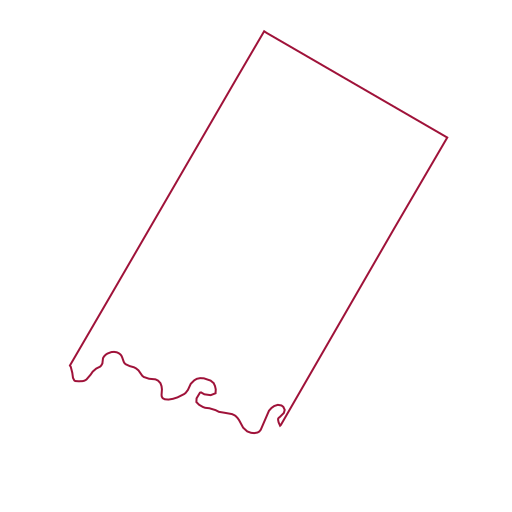 the district of Pottawattamie, Iowa, United States of America, rotated 300°
{"feature_id": "52423323B19646678689776", "entity_name": "Pottawattamie", "entity_type": "district", "adm_level": 2, "iso_a3": "USA", "parent_name": "United States of America", "parent_adm1": "Iowa", "projection": "mercator", "projection_center": [-95.883, 41.333], "detail": "fine", "context": "isolated", "style": "outline", "palette": "rose", "viewbox_px": 512, "rotation_deg": 300, "n_neighbors": 0, "source": "geoboundaries", "source_scale": "gbopen_adm2", "svg_char_len": 1496}
<svg xmlns="http://www.w3.org/2000/svg" viewBox="0 0 512 512"><g transform="rotate(300 256 256)"><path d="M454.7,150.7L402.1,150.4L297.0,150.2L147.7,149.9L68.1,149.6L67.4,151.0L63.0,155.3L59.0,158.4L57.6,160.5L57.3,161.2L57.4,162.1L58.9,165.2L61.0,168.5L62.3,169.8L64.2,170.9L70.5,172.1L74.2,172.4L78.6,173.9L82.2,176.3L83.7,176.7L86.1,176.7L91.0,174.6L93.0,174.6L95.4,175.2L97.2,176.1L100.5,178.8L102.0,181.0L103.0,183.6L103.2,185.8L102.9,188.0L102.3,189.4L101.3,190.8L98.2,194.4L97.5,195.6L97.1,197.2L97.5,201.6L98.6,205.9L98.7,208.2L98.2,211.4L95.4,217.4L95.1,219.4L95.4,220.7L96.2,224.7L98.9,230.6L99.1,233.5L98.1,236.8L96.0,239.3L93.5,241.2L88.4,243.7L87.1,244.7L86.2,246.3L86.3,248.6L87.9,252.0L90.8,255.5L94.3,258.7L100.5,262.8L102.2,263.5L106.0,264.0L112.7,263.4L117.5,264.7L120.1,266.2L122.3,268.7L124.0,272.0L125.4,279.0L124.8,282.5L124.8,282.8L122.9,285.5L120.4,287.8L116.9,289.6L112.8,286.3L110.4,280.4L110.4,276.6L109.6,275.8L103.0,275.7L99.7,277.4L98.7,281.1L98.7,282.2L98.7,285.5L99.1,287.8L100.9,291.9L101.1,292.9L102.3,298.0L102.5,301.8L104.5,307.1L107.1,314.3L107.3,316.7L107.3,318.1L106.5,321.0L105.4,323.4L100.9,330.7L99.7,336.1L100.4,340.1L101.7,343.0L103.9,345.6L105.6,346.6L107.9,347.0L128.5,344.6L132.2,345.4L135.2,346.8L138.0,349.3L139.3,352.8L139.0,355.1L137.1,357.8L134.0,358.6L128.4,357.1L127.3,356.6L126.3,356.5L125.2,357.0L123.2,358.8L121.1,361.7L122.1,362.0L349.2,361.9L454.2,362.4L454.5,153.9L454.7,150.7Z" fill="none" stroke="#9f1239" stroke-width="2"/></g></svg>